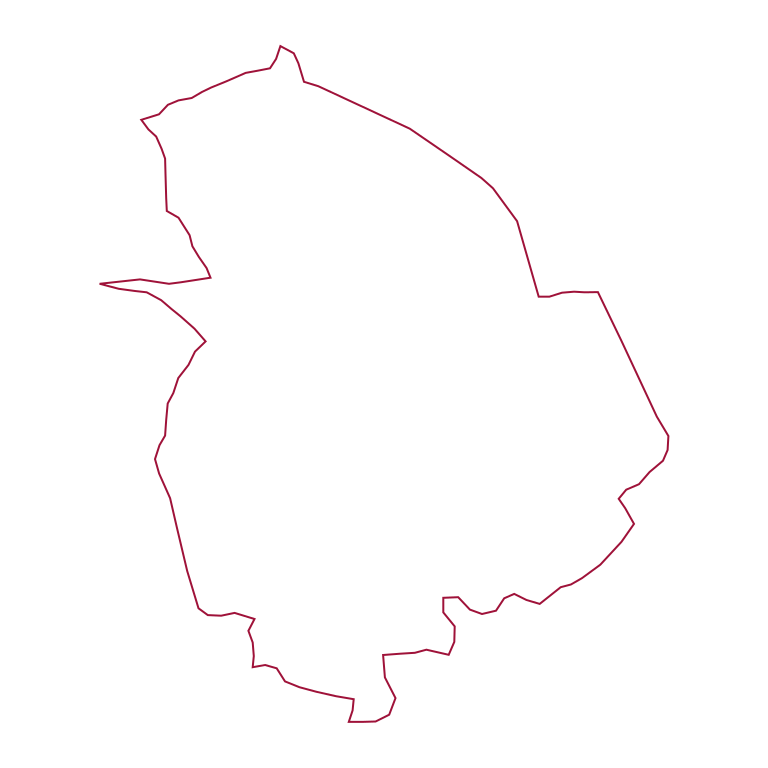 outline of Itabaiana, Paraíba, Brazil
{"feature_id": "56859067B77861515751472", "entity_name": "Itabaiana", "entity_type": "district", "adm_level": 2, "iso_a3": "BRA", "parent_name": "Brazil", "parent_adm1": "Paraíba", "projection": "orthographic", "projection_center": [-35.366, -7.347], "detail": "fine", "context": "isolated", "style": "outline", "palette": "rose", "viewbox_px": 768, "rotation_deg": 0, "n_neighbors": 0, "source": "geoboundaries", "source_scale": "gbopen_adm2", "svg_char_len": 1612}
<svg xmlns="http://www.w3.org/2000/svg" viewBox="0 0 768 768"><path d="M493.0,188.3L481.4,178.0L451.5,157.3L409.8,128.7L318.3,86.2L304.0,81.8L298.4,63.3L293.8,53.3L280.4,46.1L276.1,58.9L270.0,68.3L257.7,70.7L245.6,72.9L235.6,77.3L225.7,81.6L211.2,87.5L202.1,91.9L191.7,98.0L178.5,100.4L167.9,104.8L159.0,114.3L141.3,119.8L148.4,129.4L156.2,136.6L161.6,148.8L165.1,158.6L165.5,174.1L166.2,198.3L166.8,211.0L178.5,217.7L189.6,235.2L192.4,246.3L198.9,257.0L206.6,268.1L210.5,277.7L180.7,282.3L169.0,283.8L140.0,279.4L99.6,283.8L118.8,288.8L135.0,291.0L146.7,292.3L161.2,300.2L171.6,309.1L180.5,316.3L194.5,328.7L205.6,341.4L195.0,351.6L188.5,364.9L178.3,378.0L173.3,393.1L167.7,403.5L166.2,419.9L165.1,435.6L159.5,445.2L155.0,459.1L159.1,473.5L164.1,484.7L170.1,498.2L176.8,527.2L187.2,571.0L198.5,608.3L207.8,615.1L221.2,615.7L234.6,612.9L254.5,619.0L248.4,630.8L252.7,642.5L253.8,656.1L252.7,667.2L265.1,665.0L276.7,668.3L285.0,681.4L299.4,687.2L316.5,691.8L336.0,696.2L353.7,699.2L352.6,710.4L348.8,721.9L361.5,721.9L375.6,721.5L389.2,714.7L395.5,698.1L384.9,677.4L383.1,655.0L400.4,653.7L414.9,652.8L426.4,649.7L448.7,654.8L454.3,641.9L454.7,626.4L443.3,612.4L443.3,597.8L458.2,597.2L469.9,609.6L482.0,614.0L496.0,610.7L504.2,598.3L514.2,593.9L526.5,600.0L539.7,603.9L560.7,587.2L570.9,584.5L581.9,578.2L600.3,564.7L621.5,541.8L634.0,523.9L625.2,508.2L618.7,498.8L626.2,489.7L639.0,484.2L649.6,472.0L663.0,460.7L667.6,450.0L668.4,436.0L656.8,416.6L621.5,341.0L597.9,292.1L584.7,292.3L574.1,291.7L562.0,292.7L549.3,296.7L538.7,296.7L517.1,221.2L493.0,188.3Z" fill="none" stroke="#9f1239" stroke-width="2"/></svg>